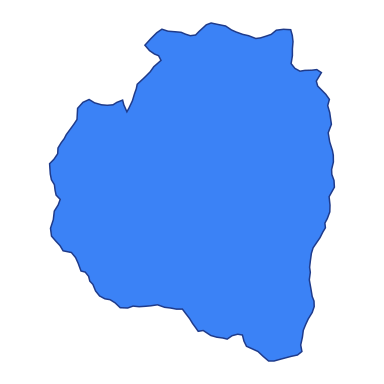 Santa Adélia, São Paulo, Brazil
{"feature_id": "56859067B26078522690212", "entity_name": "Santa Adélia", "entity_type": "district", "adm_level": 2, "iso_a3": "BRA", "parent_name": "Brazil", "parent_adm1": "São Paulo", "projection": "mercator", "projection_center": [-48.82, -21.32], "detail": "fine", "context": "isolated", "style": "filled", "palette": "blue", "viewbox_px": 384, "rotation_deg": 0, "n_neighbors": 0, "source": "geoboundaries", "source_scale": "gbopen_adm2", "svg_char_len": 2176}
<svg xmlns="http://www.w3.org/2000/svg" viewBox="0 0 384 384"><path d="M161.9,29.2L156.8,32.7L150.5,39.0L144.9,45.2L149.5,50.6L154.4,54.0L158.6,55.7L161.0,60.4L153.8,66.7L150.2,71.8L144.6,77.4L137.2,84.3L136.3,88.7L134.5,93.8L132.4,100.8L129.1,107.8L126.9,111.8L123.8,104.8L122.6,100.1L116.8,102.4L113.0,104.8L107.3,105.3L101.5,104.8L94.5,102.8L89.1,99.5L83.0,102.3L77.6,108.3L77.3,113.7L77.0,119.5L73.9,124.2L69.6,130.1L66.3,134.6L64.2,138.7L61.2,142.7L58.0,148.0L57.7,153.7L54.0,159.2L49.6,163.7L50.3,174.1L51.4,179.7L54.4,184.7L55.1,190.4L56.1,195.1L60.2,199.4L58.2,204.9L54.3,211.1L53.3,219.7L50.5,228.3L51.5,236.1L55.8,241.1L60.0,245.6L63.1,250.8L71.4,252.5L75.6,257.6L78.1,263.1L81.0,271.0L85.2,272.1L88.6,276.3L89.8,281.1L92.9,284.4L95.6,291.0L99.6,296.0L104.9,298.8L110.1,299.7L115.2,302.9L120.2,307.7L127.7,308.0L133.0,306.1L139.1,306.7L145.2,306.3L150.7,305.8L157.5,304.8L164.6,307.3L170.5,308.0L176.3,309.1L182.4,309.1L185.7,313.5L189.7,318.7L192.6,323.5L195.6,327.6L198.2,331.3L203.2,330.5L207.0,333.0L210.8,335.5L216.8,337.2L222.8,338.0L227.2,339.1L232.1,335.7L237.7,334.2L242.4,335.0L244.0,341.2L246.5,346.3L252.1,348.8L258.0,351.5L263.3,356.5L268.6,361.0L274.0,361.0L280.5,359.2L286.1,357.7L291.4,356.3L297.5,355.0L301.9,351.5L300.7,345.0L302.4,337.2L303.3,330.3L305.6,324.6L308.3,318.8L312.2,312.5L314.2,306.6L314.0,301.1L312.2,296.5L311.0,289.3L309.3,279.8L310.3,272.3L309.6,267.3L310.3,261.3L311.4,253.3L313.1,247.8L316.5,242.8L320.0,237.7L322.8,232.1L325.4,227.8L324.9,223.1L327.3,218.6L329.8,211.9L330.0,205.2L329.1,196.7L334.4,187.2L334.0,180.5L331.8,174.4L331.6,169.5L333.4,162.0L333.3,155.3L332.5,150.8L329.7,141.9L328.2,132.8L331.4,124.3L330.7,119.5L329.7,112.5L327.7,105.6L329.4,99.4L325.8,94.3L317.7,86.1L316.3,81.1L321.4,72.6L316.8,69.6L311.9,70.2L304.7,70.4L300.0,71.2L294.9,68.4L291.1,63.6L292.4,55.7L292.4,48.9L293.0,41.7L292.3,35.4L290.7,29.7L283.5,29.3L276.3,30.2L271.2,34.4L265.9,36.2L260.5,37.9L255.8,38.5L248.6,35.7L242.8,34.4L236.1,32.0L231.4,29.9L225.6,26.0L216.7,24.2L211.1,23.0L206.3,24.8L199.1,31.4L195.6,35.0L190.3,35.7L185.6,34.2L181.1,32.3L174.4,31.7L168.0,31.2L161.9,29.2Z" fill="#3b82f6" stroke="#1e3a8a" stroke-width="1.5"/></svg>